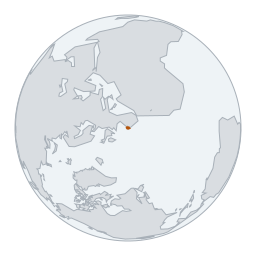 La Coruña highlighted on a globe, orthographic projection, rotated 232°
{"feature_id": "ESP-5827", "entity_name": "La Coruña", "entity_type": "Autonomous Community", "adm_level": 1, "iso_a3": "ESP", "parent_name": "Spain", "parent_adm1": "", "projection": "orthographic", "projection_center": [-8.526, 43.162], "detail": "fine", "context": "on_globe", "style": "filled", "palette": "amber", "viewbox_px": 256, "rotation_deg": 232, "n_neighbors": 0, "source": "natural_earth", "source_scale": "10m", "svg_char_len": 10029}
<svg xmlns="http://www.w3.org/2000/svg" viewBox="0 0 256 256"><g transform="rotate(232 128 128)"><circle cx="128" cy="128" r="113" fill="#eef3f6" stroke="#a8b0b8"/><path d="M38.7,196.6L34.7,190.2L32.3,186.0L27.3,177.3L21.1,159.5L21.5,156.6L20.6,152.8L23.4,150.5L23.5,142.6L22.8,140.0L21.5,140.8L19.8,130.7L20.4,123.5L21.5,95.9L22.9,91.2L25.0,86.9L36.1,66.4L26.3,82.2L28.6,77.1L32.4,70.4L32.7,70.5L38.6,62.4L42.1,57.5L50.7,49.2L60.6,44.1L58.0,46.4L60.7,45.2L64.1,42.3L65.7,40.8L79.6,34.6L91.7,28.1L93.4,25.8L94.8,26.7L96.4,22.6L101.6,20.1L97.1,23.2L97.6,23.7L101.8,22.0L103.3,22.2L106.2,21.6L107.6,22.1L104.8,24.2L105.7,24.6L108.6,23.4L111.8,23.4L107.4,25.0L112.6,25.2L108.9,29.2L96.0,34.3L95.3,37.8L85.4,46.8L87.6,46.8L85.2,50.5L86.9,51.9L84.6,53.5L87.9,53.3L89.7,51.7L91.7,51.1L92.9,51.9L90.1,53.9L89.1,53.8L88.9,54.8L87.1,55.5L88.6,55.6L85.2,58.0L90.3,56.8L88.9,59.8L86.1,61.1L84.3,59.4L73.4,59.0L70.0,60.3L67.2,63.6L66.2,72.9L63.4,75.2L61.1,79.4L63.6,78.7L66.3,75.3L70.4,75.4L73.2,71.4L75.3,70.9L79.0,67.7L80.7,70.0L80.3,74.1L77.3,77.0L77.1,79.0L81.8,77.9L78.0,85.2L78.5,93.4L77.3,95.3L71.6,95.5L67.0,91.1L59.6,92.4L66.6,93.5L63.5,98.5L63.9,100.3L65.4,101.3L67.5,100.3L66.9,102.5L59.7,101.9L60.1,99.9L62.4,100.0L60.2,98.1L55.3,98.2L54.1,100.9L48.0,99.0L47.0,101.0L45.2,101.9L47.1,98.7L43.5,104.5L36.2,104.6L31.2,114.7L33.6,104.1L33.0,100.4L31.8,97.1L30.9,98.6L30.5,92.7L28.0,91.6L23.9,97.4L21.5,104.8L22.2,110.5L23.9,108.9L25.3,112.1L21.2,117.9L23.1,125.7L21.1,131.4L21.2,136.5L23.0,139.0L24.5,143.8L26.7,142.5L29.8,144.2L28.7,149.4L31.3,146.7L32.4,151.2L39.2,157.9L38.4,158.6L43.9,170.1L51.7,178.4L53.5,183.2L52.4,184.8L55.5,187.3L55.5,188.7L69.3,197.8L77.6,204.3L78.2,208.9L72.9,211.5L72.0,219.0L63.5,216.8L64.0,218.9L62.0,219.2L56.5,215.0L57.6,216.0L50.8,210.0L44.5,203.6L38.7,196.6ZM29.4,117.5L31.7,129.3L28.9,125.8L29.7,125.7L29.5,122.0L28.4,116.8L26.4,114.1L29.4,117.5ZM33.8,115.6L33.2,114.0L34.0,115.2L33.8,115.6ZM66.2,40.1L64.0,42.3L60.4,44.9L62.0,43.0L66.2,40.1ZM73.4,35.8L72.8,36.7L69.8,37.6L71.1,36.8L73.4,35.8ZM94.2,24.3L92.2,25.4L93.7,24.3L94.2,24.3ZM106.3,21.4L106.4,21.1L107.9,21.0L106.3,21.4ZM77.8,66.7L78.3,67.2L77.4,67.5L77.8,66.7ZM78.8,64.9L77.3,64.9L77.6,64.1L78.5,64.1L78.8,64.9ZM111.3,21.7L113.6,21.7L110.8,22.0L111.3,21.7ZM80.7,65.1L78.3,62.6L78.8,61.2L82.8,60.0L80.7,65.1ZM114.6,21.9L120.2,22.1L120.9,21.3L122.0,24.0L116.9,22.8L113.4,23.2L115.1,22.5L114.6,21.9ZM89.7,50.9L87.9,52.6L88.4,50.5L89.7,50.9ZM89.6,49.7L88.1,44.3L91.5,42.3L91.3,44.4L94.7,41.4L97.0,43.0L95.6,45.0L93.0,45.9L95.9,45.9L89.6,49.7ZM121.7,25.5L122.6,26.0L121.1,25.9L121.7,25.5ZM92.6,50.8L92.0,49.8L94.8,47.9L96.5,49.5L95.1,49.6L92.6,50.8ZM94.5,39.9L96.9,38.9L99.4,39.9L100.7,39.6L97.4,42.8L94.5,39.9ZM95.0,50.4L97.3,50.4L97.0,52.1L93.3,51.6L95.0,50.4ZM94.9,46.8L96.3,46.0L96.0,47.0L94.9,46.8ZM97.2,58.1L96.5,56.8L97.9,55.7L97.2,58.1ZM98.2,50.4L98.3,49.8L98.7,49.3L100.1,49.6L98.2,50.4ZM99.4,43.4L99.9,44.0L100.9,42.1L102.8,42.9L100.2,44.9L102.1,44.4L102.7,44.6L100.0,46.0L99.4,43.4ZM103.0,48.4L100.4,51.5L101.5,54.1L100.2,55.1L98.7,50.8L103.0,48.4ZM101.5,46.9L102.1,48.0L100.3,48.6L98.7,48.2L101.5,46.9ZM105.0,42.7L102.7,41.0L103.4,40.6L105.0,42.7ZM103.7,49.0L104.3,48.3L104.0,49.1L103.7,49.0ZM105.0,44.5L104.1,43.9L104.9,43.5L105.0,44.5ZM106.3,47.4L105.4,48.3L104.3,48.0L106.3,47.4ZM106.0,45.9L107.2,45.5L104.4,47.3L105.5,45.7L106.0,45.9ZM105.9,44.2L106.0,43.8L106.2,44.5L105.9,44.2ZM111.0,48.0L107.7,50.4L105.2,49.7L108.8,47.5L111.0,48.0ZM191.5,34.9L192.6,35.8L190.6,34.5L195.6,38.2L193.0,36.6L198.1,40.5L199.0,40.9L195.6,38.0L201.1,42.4L207.6,48.3L213.6,54.8L219.1,61.7L224.0,69.0L228.3,76.7L232.0,84.7L231.7,84.1L233.6,89.0L232.3,86.0L230.3,83.9L232.3,91.0L236.3,107.0L238.8,115.4L239.3,121.8L235.2,115.6L231.7,109.1L231.3,112.5L226.2,110.9L220.6,120.6L218.9,119.5L218.0,122.4L214.3,123.6L211.2,121.4L209.4,123.8L217.4,129.4L219.2,126.9L219.4,120.8L221.4,123.5L224.8,123.1L224.5,136.2L214.6,156.3L212.0,150.5L196.0,139.0L195.6,136.4L195.4,136.2L195.1,135.9L195.3,140.2L192.0,137.6L202.4,147.4L204.8,152.5L214.5,156.9L214.0,158.5L216.6,158.6L223.1,149.0L223.5,151.2L221.4,164.6L211.1,186.4L211.5,193.0L209.2,199.7L200.7,208.6L199.4,212.2L194.7,216.0L193.1,218.2L188.1,222.0L180.7,226.7L170.2,231.0L171.2,229.7L168.4,228.2L165.2,220.9L169.6,214.9L169.3,211.0L161.5,203.1L163.4,196.6L160.9,194.6L156.0,196.3L152.9,193.7L149.8,194.2L129.1,198.6L121.8,194.6L110.8,180.7L113.8,175.1L112.6,168.1L132.1,142.4L138.2,143.3L155.7,136.4L158.3,136.7L158.3,142.9L173.1,145.6L175.4,139.5L186.8,138.4L193.0,134.6L191.6,122.9L181.3,128.8L177.5,124.7L184.0,115.5L192.7,110.5L191.5,108.8L184.3,107.9L184.5,102.9L181.6,107.3L184.1,108.3L182.3,111.2L179.9,110.5L180.1,108.6L177.0,109.3L177.0,118.2L179.5,120.2L172.5,125.2L176.0,129.2L174.7,132.4L168.3,126.9L167.6,124.1L157.0,119.1L157.1,122.5L167.1,127.5L164.8,127.7L165.0,132.6L163.0,129.0L152.1,123.1L144.6,127.0L138.0,140.3L133.0,142.1L127.4,140.3L126.8,128.3L138.1,125.9L138.0,122.0L133.1,117.0L137.0,116.9L136.4,114.7L140.4,113.6L143.5,107.3L147.2,105.8L146.0,99.0L147.7,97.4L147.9,101.8L150.1,104.2L159.0,100.7L160.0,98.7L158.4,94.7L161.1,94.4L158.5,91.0L162.4,87.3L155.4,89.0L153.5,84.7L154.5,80.4L152.6,79.4L150.9,86.6L151.4,89.2L153.8,90.9L154.0,98.9L151.4,101.2L146.5,94.3L142.4,96.8L140.4,90.7L146.1,74.4L149.7,70.2L160.9,71.3L161.5,74.4L157.7,75.4L163.4,78.0L161.9,76.1L164.1,76.0L162.8,72.2L164.2,71.9L160.4,68.9L162.1,68.2L164.5,70.1L164.0,64.3L166.8,62.1L165.9,61.0L164.2,60.3L169.0,58.2L168.1,57.5L166.3,57.9L163.4,56.7L160.2,53.9L162.0,53.3L163.4,54.2L169.1,55.5L172.5,58.2L172.9,57.7L170.4,55.2L163.5,53.7L161.0,52.2L164.2,52.5L162.9,52.2L162.2,51.3L163.3,50.0L159.7,49.5L150.1,41.3L151.2,38.2L155.1,39.1L150.3,33.6L151.9,31.0L150.2,31.3L146.7,29.3L146.2,30.0L145.1,30.0L136.0,25.7L135.2,24.5L129.4,23.5L128.5,23.7L128.7,24.5L122.0,24.0L120.9,21.3L123.0,20.9L120.9,19.8L125.9,19.1L129.1,18.3L135.8,18.6L137.7,18.1L136.7,17.8L138.5,17.1L146.0,17.2L144.6,18.6L134.3,19.8L138.9,19.3L139.2,20.0L141.7,20.2L144.8,20.0L144.3,19.6L156.3,23.0L166.5,25.1L162.5,23.0L162.6,22.2L170.7,24.1L188.1,32.8L188.3,32.8L191.5,34.9ZM127.7,155.9L127.8,158.1L127.7,155.9ZM203.5,110.5L207.5,106.7L202.8,102.1L204.0,100.3L201.9,99.5L202.4,101.8L197.0,99.2L197.7,95.5L195.7,93.1L194.3,94.3L193.9,101.6L201.6,105.3L201.9,108.9L203.5,110.5ZM39.4,158.1L40.1,159.9L38.9,158.8L39.4,158.1ZM27.8,127.4L28.6,129.0L28.8,130.6L28.0,129.7L27.8,127.4ZM36.9,140.0L38.2,142.1L36.5,140.8L36.9,140.0ZM32.3,131.0L35.7,138.5L32.4,136.6L30.4,132.0L32.2,133.9L32.3,131.0ZM31.8,117.9L32.2,119.3L31.6,120.0L31.8,117.9ZM34.3,116.5L34.0,116.2L34.2,114.9L34.3,116.5ZM63.9,98.5L64.4,98.6L65.6,100.1L64.4,100.1L63.9,98.5ZM75.0,102.4L73.8,105.9L73.8,103.4L71.8,104.0L69.4,99.6L76.6,96.0L73.8,98.3L75.0,102.4ZM68.2,93.1L68.9,96.1L67.8,93.0L68.2,93.1ZM129.1,104.6L131.3,105.7L130.9,108.4L126.2,111.0L126.7,107.0L129.1,104.6ZM134.4,106.6L130.9,99.5L133.6,97.8L132.7,99.9L134.9,99.5L133.9,102.8L140.1,108.5L140.2,111.3L131.5,114.2L134.3,111.6L131.9,110.6L134.4,106.6ZM116.8,86.3L115.3,83.8L123.3,83.3L123.8,85.7L119.2,88.3L115.8,87.0L116.8,86.3ZM88.3,63.8L87.2,63.3L88.0,62.7L89.5,62.6L88.3,63.8ZM96.8,57.6L93.9,65.5L92.5,65.3L92.5,70.5L88.8,72.0L88.9,68.5L86.1,73.8L84.7,71.2L83.2,74.9L83.9,67.0L82.5,65.1L85.4,66.6L88.9,65.2L89.9,64.0L92.0,59.5L90.8,55.0L94.0,53.2L96.6,53.0L97.4,53.8L95.0,54.7L97.7,55.1L95.0,57.1L96.8,57.6ZM125.0,56.0L121.9,56.2L126.9,58.4L124.2,59.9L124.9,60.1L123.7,62.2L123.6,65.0L122.1,65.4L122.7,66.4L121.9,67.9L122.3,69.4L119.6,70.7L119.8,72.7L118.4,72.2L119.5,75.3L117.5,73.6L116.3,75.5L118.9,76.2L103.7,80.6L98.9,84.2L95.9,88.3L92.9,85.1L93.8,79.4L96.9,73.2L102.0,70.4L99.7,69.6L101.5,68.0L102.5,69.3L101.9,66.5L103.7,65.6L106.4,60.8L104.5,57.5L105.5,55.8L107.1,56.7L106.9,54.4L110.6,54.9L111.3,53.8L115.7,53.2L118.4,55.7L119.1,54.3L122.4,54.0L125.0,56.0ZM112.2,48.0L116.0,50.3L116.4,52.4L108.6,52.5L107.4,53.5L102.4,53.9L102.0,50.9L103.4,51.1L104.8,50.5L104.4,51.7L105.7,50.4L107.7,50.6L109.3,49.6L110.1,50.6L112.2,48.0ZM159.9,133.8L161.6,133.5L164.1,132.4L164.2,135.6L159.9,133.8ZM152.4,129.9L153.8,129.1L155.3,132.8L153.5,133.2L152.4,129.9ZM153.3,125.6L153.8,128.7L152.5,127.3L153.3,125.6ZM149.1,100.9L150.4,99.9L151.0,100.8L150.9,102.4L149.1,100.9ZM139.1,63.9L137.3,63.4L137.4,62.8L134.6,60.3L136.4,59.1L138.8,60.1L139.1,63.9ZM190.5,125.8L189.5,128.9L188.2,128.5L188.8,127.5L190.5,125.8ZM176.8,133.0L180.5,132.8L176.8,133.9L176.8,133.0ZM140.6,62.2L139.2,61.2L141.0,61.2L140.6,62.2ZM137.6,58.1L139.4,57.8L136.3,58.7L137.6,58.1ZM221.2,187.9L212.3,202.1L209.1,205.2L210.0,203.0L214.3,195.5L218.6,190.1L221.1,185.4L221.2,187.9ZM239.0,115.7L239.9,118.5L240.0,121.0L239.0,115.7ZM154.1,52.4L156.0,57.0L158.6,59.9L162.0,60.8L158.1,61.8L154.1,57.3L154.1,52.4ZM150.4,42.7L147.5,42.2L148.2,41.3L148.9,41.3L150.4,42.7ZM149.1,43.2L146.6,44.8L144.6,43.9L146.9,42.8L149.1,43.2ZM143.8,53.1L144.2,54.5L142.8,54.5L143.8,53.1ZM171.0,23.9L166.8,22.4L163.5,21.1L171.0,23.9ZM164.6,21.6L166.0,22.2L161.4,22.2L159.6,21.9L161.4,20.9L162.8,21.5L164.5,21.8L164.6,21.6ZM123.4,25.5L122.7,25.9L122.5,25.4L123.4,25.5ZM144.9,30.5L143.4,30.4L143.2,29.7L144.9,30.5ZM139.1,29.9L140.3,30.8L138.3,30.1L139.1,29.9ZM143.3,32.8L140.5,31.2L144.2,32.4L143.3,32.8Z" fill="#d9dde1" stroke="#a8b0b8" stroke-width="1"/><path d="M127.7,128.9L127.7,129.0L127.5,128.9L127.5,129.0L127.4,129.1L127.2,129.1L127.3,129.0L127.3,128.9L127.4,128.7L127.5,128.7L127.4,128.6L127.2,128.7L127.3,128.8L127.2,128.8L127.1,128.7L127.1,128.4L127.0,128.5L127.0,128.4L127.0,128.5L126.9,128.5L126.9,128.4L127.0,128.3L126.9,128.3L126.9,128.2L127.0,128.2L127.1,127.9L127.3,127.9L127.4,127.7L127.5,127.7L127.8,127.7L128.0,127.7L128.3,127.6L128.5,127.7L128.4,127.5L128.3,127.4L128.5,127.4L128.4,127.4L128.3,127.2L128.6,127.0L128.7,126.9L128.8,126.9L129.0,126.9L128.9,126.9L128.9,127.0L129.0,127.0L128.9,126.9L129.0,126.9L129.2,127.0L129.1,127.3L129.0,127.5L128.9,127.5L128.8,127.8L128.9,128.1L128.9,128.3L128.9,128.5L128.7,128.6L128.4,128.7L128.2,128.8L128.2,128.7L128.2,128.8L127.9,128.8L127.7,128.9L127.7,128.9Z" fill="#f59e0b" stroke="#b45309" stroke-width="1.5"/></g></svg>